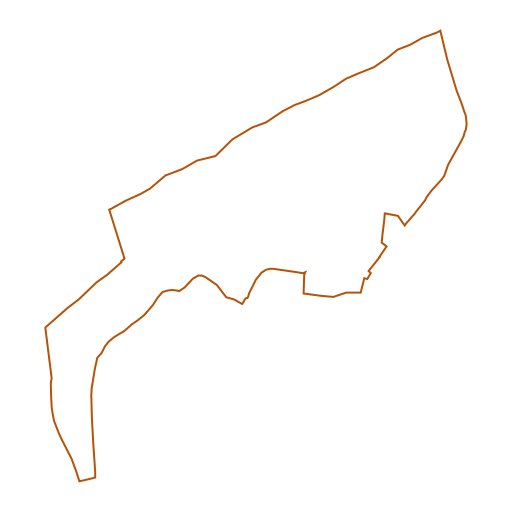 the district of Guediawaye, Dakar, Senegal
{"feature_id": "50182788B55211093773925", "entity_name": "Guediawaye", "entity_type": "district", "adm_level": 2, "iso_a3": "SEN", "parent_name": "Senegal", "parent_adm1": "Dakar", "projection": "equal_earth", "projection_center": [-17.396, 14.772], "detail": "fine", "context": "isolated", "style": "outline", "palette": "amber", "viewbox_px": 512, "rotation_deg": 0, "n_neighbors": 0, "source": "geoboundaries", "source_scale": "gbopen_adm2", "svg_char_len": 1951}
<svg xmlns="http://www.w3.org/2000/svg" viewBox="0 0 512 512"><path d="M79.5,481.3L91.5,478.5L95.2,477.5L95.2,472.0L93.2,442.3L91.9,418.3L91.3,395.4L91.6,388.8L94.8,369.1L97.3,357.8L101.6,353.0L105.1,346.1L108.6,341.7L114.4,336.9L124.3,331.0L131.9,324.3L136.9,320.9L144.2,315.1L152.8,305.2L157.4,298.0L162.5,292.0L166.9,290.7L171.5,290.0L176.0,290.4L179.2,291.1L184.6,287.5L192.8,278.7L198.4,275.5L201.4,275.5L205.1,276.9L216.8,284.9L226.3,297.3L233.7,299.3L242.3,304.0L242.4,303.9L243.3,302.2L244.9,299.4L245.5,298.4L246.8,298.0L247.4,298.0L247.5,297.8L247.7,297.6L248.0,297.1L249.2,293.1L255.9,279.6L261.6,272.6L266.0,269.8L269.7,268.8L273.4,268.8L283.7,270.3L294.8,271.9L303.1,273.2L305.3,272.2L304.2,275.0L303.6,293.5L320.8,295.8L333.4,296.9L346.2,292.6L360.7,292.6L364.3,278.2L367.3,279.0L370.8,273.1L368.6,271.0L379.6,257.2L379.3,257.0L386.6,246.4L381.7,242.6L382.5,234.3L384.3,219.7L384.8,213.3L385.0,213.3L389.1,214.2L397.9,215.8L404.7,225.5L404.8,225.3L406.4,223.1L414.7,213.7L416.3,211.4L425.1,200.3L426.7,197.0L431.6,190.5L441.6,179.5L444.2,175.9L448.1,164.8L460.7,142.1L461.8,140.0L463.7,136.0L464.6,132.4L465.9,129.4L466.6,124.1L466.4,121.0L466.1,117.8L465.7,115.4L464.3,111.7L461.8,104.0L456.6,90.6L447.3,59.7L440.3,30.7L438.5,31.7L436.7,32.6L422.3,37.9L410.3,44.7L397.7,49.6L386.9,58.3L374.1,67.1L357.9,73.6L345.9,78.8L333.1,87.2L331.1,88.3L330.8,88.5L319.1,95.2L306.7,100.5L294.7,105.0L283.0,111.0L270.5,119.4L269.3,120.2L265.8,122.5L252.3,127.4L232.4,139.4L217.4,154.1L215.8,155.7L215.5,156.0L197.0,160.6L182.4,169.0L165.4,175.5L150.0,188.6L140.9,193.8L125.1,201.0L110.8,209.0L109.2,209.6L124.5,258.6L121.1,261.4L121.4,262.3L107.0,274.9L96.6,282.3L78.9,299.3L67.4,308.1L45.5,327.4L45.5,327.6L45.4,328.3L51.6,377.9L51.6,378.2L51.6,378.3L50.8,383.5L51.1,395.5L51.7,407.4L52.5,412.9L54.0,420.7L56.2,426.5L58.8,433.1L61.3,438.6L65.7,447.3L71.5,458.6L76.0,470.8L79.4,481.3L79.5,481.3Z" fill="none" stroke="#b45309" stroke-width="2"/></svg>